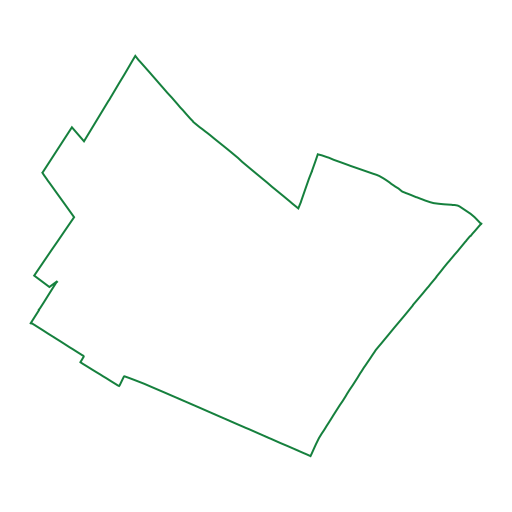 the district of Scutelnici, Buzau, Romania
{"feature_id": "2599482B43358444989508", "entity_name": "Scutelnici", "entity_type": "district", "adm_level": 2, "iso_a3": "ROU", "parent_name": "Romania", "parent_adm1": "Buzau", "projection": "mercator", "projection_center": [26.956, 44.836], "detail": "fine", "context": "isolated", "style": "outline", "palette": "green", "viewbox_px": 512, "rotation_deg": 0, "n_neighbors": 0, "source": "geoboundaries", "source_scale": "gbopen_adm2", "svg_char_len": 3921}
<svg xmlns="http://www.w3.org/2000/svg" viewBox="0 0 512 512"><path d="M310.3,456.0L310.5,456.1L311.8,453.4L313.0,450.7L314.4,447.6L316.0,444.1L319.0,438.0L321.7,433.6L323.6,430.8L324.7,429.1L326.7,425.8L328.4,423.2L332.3,417.0L333.2,415.5L339.9,405.0L342.8,400.8L345.8,396.0L347.0,393.9L348.2,392.0L349.4,390.1L350.0,389.2L352.8,385.1L357.6,377.6L360.3,373.1L361.3,371.7L364.0,367.4L365.1,365.9L367.4,362.5L370.0,358.7L372.5,354.9L374.7,351.7L375.0,351.2L375.7,350.1L378.6,346.6L381.5,343.2L384.7,339.3L388.6,334.6L394.1,327.9L402.6,317.8L405.7,314.1L412.1,306.3L412.5,305.8L412.9,305.3L413.0,304.9L419.4,297.4L423.3,292.8L425.4,290.2L426.2,289.3L426.9,288.4L428.8,286.3L429.0,286.0L430.8,283.7L435.1,278.6L436.4,277.0L436.4,276.7L437.0,276.0L440.6,271.6L443.2,268.3L443.3,268.1L443.8,267.5L447.4,263.1L449.6,260.6L450.4,259.6L450.8,259.1L451.6,258.2L454.5,254.7L457.6,251.2L458.5,250.1L458.7,249.8L463.0,244.6L465.2,241.9L466.0,241.1L466.7,240.1L467.8,238.8L470.0,236.2L470.6,236.0L472.6,233.5L474.6,231.3L475.3,230.5L476.5,229.1L478.1,227.2L479.5,225.6L480.2,224.8L480.7,224.4L480.8,224.3L481.2,224.0L481.2,223.8L481.3,223.6L480.4,223.2L474.6,217.2L473.2,216.0L470.7,213.9L465.8,210.6L459.8,206.6L458.5,205.9L457.4,205.5L454.6,205.0L452.3,205.0L451.9,204.8L444.1,204.3L439.0,203.8L433.5,203.1L432.8,202.9L430.2,202.2L429.6,202.0L425.1,200.5L422.1,199.3L421.2,199.0L416.9,197.3L416.2,197.2L413.6,196.1L411.0,195.0L407.4,193.6L405.4,192.9L405.1,192.7L403.0,191.9L402.3,191.6L401.6,191.1L398.5,188.5L395.3,186.6L393.6,185.4L391.3,183.9L389.5,182.4L386.0,180.0L383.5,178.4L379.3,176.0L376.7,174.9L374.3,174.1L373.3,173.8L357.5,168.3L350.5,165.9L348.7,165.2L344.6,163.7L340.2,162.1L333.7,159.8L328.6,157.6L327.5,157.3L326.0,156.8L325.7,156.7L322.0,155.4L318.9,154.6L318.7,154.6L317.8,154.3L315.3,161.6L311.8,171.4L311.9,171.6L311.6,172.0L309.0,178.6L305.6,188.3L301.2,201.0L301.1,201.4L300.8,202.3L298.3,208.4L292.7,203.9L292.1,203.4L289.8,201.4L286.9,199.0L283.9,196.5L279.6,193.0L276.3,190.3L275.1,189.3L272.0,186.8L267.3,182.7L255.9,173.3L250.0,168.4L242.1,161.8L238.1,158.0L228.3,149.9L215.0,139.2L212.8,137.4L210.4,135.4L207.5,133.1L205.2,131.4L203.7,130.2L202.3,129.1L199.8,127.3L193.3,122.0L193.0,121.4L190.0,118.3L185.9,113.7L182.8,110.1L180.2,107.4L177.7,104.4L174.4,100.6L171.9,97.7L167.6,93.1L152.2,75.4L150.3,73.2L140.2,61.8L138.5,60.0L135.3,55.9L135.0,56.4L132.5,60.6L127.2,69.7L124.2,74.8L119.2,83.0L111.2,96.5L110.8,97.1L110.2,98.2L109.2,99.9L108.4,101.0L88.1,134.5L84.0,141.3L71.9,127.3L48.9,162.8L42.6,172.5L42.4,172.7L43.0,173.7L43.5,174.4L43.9,175.0L44.1,175.4L45.2,176.8L45.4,177.2L46.6,178.8L47.7,180.5L49.2,182.5L51.3,185.4L55.3,191.0L65.1,204.6L74.1,217.2L64.3,231.5L57.7,241.2L52.0,249.4L38.4,269.4L34.2,275.6L49.4,287.0L56.7,281.6L57.0,281.9L56.3,282.5L52.3,288.8L48.1,295.5L43.6,302.7L40.9,306.9L39.8,308.6L38.8,309.7L39.0,310.1L37.7,312.2L34.0,318.0L31.1,322.6L30.7,323.2L30.9,323.3L31.1,323.5L31.5,323.4L31.9,323.5L32.1,323.5L32.3,323.6L32.7,323.8L33.2,324.2L34.6,325.0L35.8,325.8L37.4,326.8L40.1,328.5L42.8,330.2L47.4,333.2L49.3,334.4L60.5,341.4L69.8,347.4L70.8,348.0L72.5,349.0L75.0,350.6L78.3,352.7L80.4,354.0L81.9,355.0L83.1,355.6L83.6,356.1L83.7,356.4L83.7,356.7L83.2,357.5L81.8,359.9L80.4,362.2L80.6,362.4L80.8,362.5L81.4,362.9L82.2,363.4L82.3,363.5L85.9,365.7L90.6,368.6L91.7,369.3L96.1,372.0L100.6,374.7L102.9,376.2L106.3,378.2L110.7,381.0L116.7,384.7L117.4,385.2L119.1,386.0L119.3,385.8L119.5,385.5L119.8,385.0L120.1,384.4L123.0,378.4L123.4,377.6L123.8,376.8L124.1,376.4L124.5,376.3L126.1,376.9L128.4,377.7L133.7,379.7L138.1,381.4L144.5,383.9L152.1,387.2L164.5,392.5L183.4,400.7L201.4,408.5L208.9,411.8L237.5,424.3L244.0,427.1L245.3,427.7L248.8,429.1L254.9,431.8L268.9,438.0L270.9,438.8L277.6,441.8L280.3,443.0L287.7,446.1L304.1,453.3L305.6,453.9L306.0,454.1L307.2,454.6L308.7,455.3L309.2,455.5L309.6,455.7L310.1,455.9L310.3,456.0Z" fill="none" stroke="#15803d" stroke-width="2"/></svg>